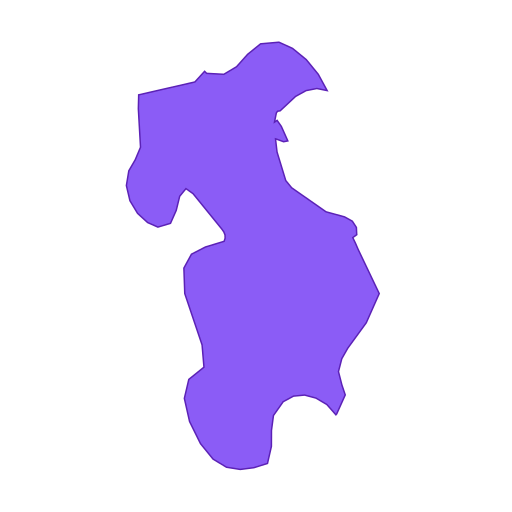 Grigoriopol, Albers equal-area conic projection, rotated 169°
{"feature_id": "MDA-1637", "entity_name": "Grigoriopol", "entity_type": "Territorial Unit", "adm_level": 1, "iso_a3": "MDA", "parent_name": "Moldova", "parent_adm1": "", "projection": "albers", "projection_center": [29.428, 47.137], "detail": "fine", "context": "isolated", "style": "filled", "palette": "violet", "viewbox_px": 512, "rotation_deg": 169, "n_neighbors": 0, "source": "natural_earth", "source_scale": "10m", "svg_char_len": 1345}
<svg xmlns="http://www.w3.org/2000/svg" viewBox="0 0 512 512"><g transform="rotate(169 256 256)"><path d="M207.9,84.9L214.8,96.7L224.3,105.1L234.8,110.2L245.9,111.3L257.1,107.8L269.3,96.1L274.1,81.8L277.2,66.2L284.3,50.2L298.4,48.6L312.2,49.5L325.3,54.3L336.9,64.8L346.3,82.4L352.8,106.2L353.5,129.9L345.5,147.7L328.3,156.8L325.9,179.0L333.1,232.7L329.1,257.9L319.0,270.1L303.9,274.5L284.5,276.5L282.9,279.4L282.4,282.6L283.0,285.8L284.5,289.1L305.9,329.2L311.9,335.5L319.5,329.2L325.6,316.0L333.7,304.4L346.8,303.1L356.0,309.5L364.1,320.4L369.2,334.3L369.8,349.9L364.6,363.9L356.2,373.5L348.6,384.8L343.4,423.0L340.4,436.6L339.9,436.6L282.8,438.5L271.2,447.1L269.8,445.0L269.6,444.7L252.9,440.5L239.0,445.5L225.7,455.6L211.0,463.4L192.7,461.5L182.7,454.4L180.5,452.8L169.2,439.2L160.2,422.5L154.6,404.8L164.3,408.8L175.3,408.8L186.7,405.1L204.6,393.9L207.2,394.0L208.7,392.6L212.1,384.4L212.3,383.9L209.6,385.0L209.4,385.1L206.4,378.4L202.8,362.9L207.1,362.9L213.7,366.9L214.5,367.3L215.5,354.1L212.4,324.4L208.0,316.2L202.8,310.8L178.8,286.0L178.6,285.9L161.6,277.5L157.4,274.0L154.8,271.8L152.0,264.9L153.0,258.1L153.0,257.7L157.5,255.6L155.9,249.5L154.5,243.1L142.2,195.6L160.5,169.4L183.5,148.0L191.4,138.8L197.1,126.8L196.3,113.1L194.9,102.6L206.9,85.6L207.8,85.0L207.9,84.9Z" fill="#8b5cf6" stroke="#5b21b6" stroke-width="1.5"/></g></svg>